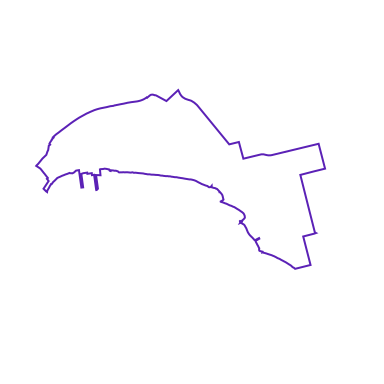 Port Phillip, Victoria, Australia, rotated 337°
{"feature_id": "25037944B19605677345756", "entity_name": "Port Phillip", "entity_type": "district", "adm_level": 2, "iso_a3": "AUS", "parent_name": "Australia", "parent_adm1": "Victoria", "projection": "natural_earth1", "projection_center": [144.966, -37.859], "detail": "fine", "context": "isolated", "style": "outline", "palette": "violet", "viewbox_px": 384, "rotation_deg": 337, "n_neighbors": 0, "source": "geoboundaries", "source_scale": "gbopen_adm2", "svg_char_len": 5877}
<svg xmlns="http://www.w3.org/2000/svg" viewBox="0 0 384 384"><g transform="rotate(337 192 192)"><path d="M290.1,278.2L289.3,277.2L292.8,254.5L298.4,218.6L312.5,220.7L323.6,222.5L326.8,201.0L327.4,197.1L302.1,192.9L279.8,189.2L279.0,189.0L278.3,188.8L277.6,188.5L277.0,188.3L276.5,188.0L275.8,187.6L275.2,187.2L273.4,185.9L273.0,185.6L272.6,185.3L272.1,185.1L271.7,184.9L271.0,184.6L270.4,184.4L269.8,184.3L252.3,181.4L254.0,169.1L254.7,164.3L244.9,162.7L230.8,114.6L230.6,114.1L230.5,113.7L229.2,111.1L229.1,110.8L227.1,107.9L226.8,107.6L226.6,107.4L225.1,106.1L224.9,106.0L222.8,104.1L222.4,103.7L222.0,103.3L221.7,102.8L221.4,102.4L220.8,101.6L220.5,101.0L220.2,100.5L220.0,100.0L219.9,99.5L219.7,99.0L219.6,98.5L219.5,97.9L219.4,97.4L219.3,96.9L219.3,95.8L219.2,93.7L219.1,92.8L204.0,98.3L196.7,89.1L195.6,88.3L195.4,88.3L194.2,87.2L193.4,86.8L193.0,86.7L192.6,86.6L192.4,86.5L191.7,86.5L190.8,86.7L190.1,86.9L188.8,87.3L187.8,87.6L187.5,87.7L187.3,87.2L186.6,87.4L185.3,87.6L183.6,87.8L183.0,87.8L181.8,87.8L180.1,87.7L178.1,87.4L177.1,87.2L176.3,87.0L174.5,86.5L171.3,85.6L167.2,84.6L166.3,84.5L165.4,84.3L163.7,84.0L160.6,83.3L157.6,82.7L156.3,82.4L155.6,82.3L154.4,82.0L154.0,82.0L153.6,82.0L153.4,82.0L152.7,81.8L151.6,81.5L150.7,81.2L149.6,81.0L146.5,80.5L140.8,79.3L139.0,79.0L136.6,78.7L134.1,78.5L133.6,78.5L129.5,78.5L127.0,78.6L125.7,78.6L123.8,78.8L119.8,79.2L117.1,79.5L114.2,80.0L111.0,80.6L109.1,81.0L107.2,81.4L105.3,81.9L102.9,82.5L96.0,84.2L92.3,85.2L89.6,85.8L87.8,86.4L86.9,86.7L85.8,87.2L85.4,87.3L85.7,87.9L85.4,88.0L84.2,88.6L83.7,88.7L83.4,88.9L83.4,89.2L82.8,89.6L82.0,90.1L81.5,90.4L80.3,91.3L79.6,91.9L79.9,93.0L78.3,93.4L76.0,97.2L74.8,98.2L72.4,100.9L67.4,102.8L61.4,106.0L59.3,106.8L58.8,107.1L61.1,110.5L61.3,110.8L61.5,111.2L61.6,111.5L61.8,112.0L62.0,112.7L63.1,116.8L63.3,117.3L64.1,120.4L64.8,122.8L64.7,122.9L63.6,123.2L64.3,125.7L64.3,125.9L56.6,131.0L57.3,132.8L58.1,134.1L57.9,134.3L58.6,135.4L59.0,134.7L59.2,134.3L59.8,133.9L60.0,133.7L62.2,132.1L63.2,131.2L64.3,130.4L65.6,129.8L65.6,129.7L66.1,129.8L68.0,128.6L70.0,127.9L73.0,126.7L73.3,126.5L74.7,126.4L76.9,126.4L78.6,126.3L80.5,126.4L82.4,126.4L84.4,126.6L86.7,126.6L87.0,127.0L88.1,127.5L89.3,128.1L91.1,127.9L93.6,127.0L96.5,127.7L91.9,144.7L93.6,145.2L97.2,132.1L99.3,132.2L103.1,133.2L102.8,134.4L107.1,135.5L106.5,137.4L108.6,137.9L107.8,140.9L104.6,152.7L104.6,152.8L105.1,152.9L106.7,152.2L110.3,138.9L114.3,140.8L116.1,135.2L116.3,135.2L116.9,135.3L117.4,135.5L118.1,135.7L118.6,135.9L119.6,136.2L120.5,136.3L121.2,136.7L121.8,137.0L124.6,138.9L124.7,139.1L124.7,139.8L124.5,140.0L124.6,140.3L125.3,140.9L125.7,140.5L125.8,140.6L126.0,140.4L127.1,141.0L127.6,141.2L128.9,142.1L129.8,142.5L130.2,142.6L131.8,144.0L132.1,144.6L132.3,145.2L132.5,145.4L132.9,145.6L133.9,146.0L134.5,146.2L135.7,146.7L136.2,146.8L137.5,147.5L138.0,147.7L138.8,148.0L140.1,148.5L140.8,148.9L142.8,150.0L143.4,150.3L143.9,150.4L144.6,150.5L145.2,150.8L145.4,151.1L145.7,151.4L146.2,151.7L147.2,152.0L148.5,152.7L150.2,153.7L152.3,154.8L154.4,155.9L155.3,156.6L155.9,157.0L156.9,157.6L158.1,158.4L158.8,158.7L160.1,159.3L161.3,160.1L162.7,160.7L164.6,161.7L165.5,162.2L166.6,162.7L168.3,163.6L168.9,164.1L169.9,164.8L170.9,165.2L171.9,165.9L174.0,167.1L175.9,167.9L176.5,168.4L177.7,168.9L178.5,169.4L179.1,169.9L180.2,170.5L181.9,171.6L182.6,171.9L183.3,172.2L184.2,172.8L185.3,173.6L186.2,174.1L187.1,174.7L188.8,175.7L190.4,176.8L193.9,179.0L194.9,179.6L195.7,179.9L197.0,180.8L198.3,181.8L199.0,182.4L200.0,183.4L201.0,184.7L201.7,185.6L203.0,187.1L204.2,188.6L205.3,189.6L206.7,191.0L207.7,191.9L208.3,192.3L208.8,192.9L209.0,193.4L209.1,193.7L209.5,194.2L210.1,194.5L210.8,194.6L211.6,194.6L212.1,194.2L212.5,194.0L212.3,194.5L212.0,194.8L211.7,194.9L211.6,195.1L212.2,195.5L213.1,196.3L213.6,196.7L214.7,197.4L215.2,197.9L215.4,198.1L215.4,198.3L216.0,198.8L216.3,199.1L217.5,202.4L217.3,202.5L217.2,202.6L217.2,202.8L217.3,202.8L217.6,202.8L218.1,204.2L218.4,205.1L218.5,205.5L218.6,206.2L218.7,206.7L218.6,207.5L218.6,207.9L218.5,208.3L218.3,209.3L218.0,211.3L217.5,211.5L216.8,211.7L215.8,211.8L214.7,211.9L214.6,212.1L214.8,212.4L216.4,213.7L216.6,213.9L217.2,214.5L218.4,215.7L219.0,216.1L221.4,218.9L222.9,220.2L223.9,221.4L225.1,222.5L226.0,223.8L227.1,225.4L228.1,226.7L229.7,229.3L230.3,230.2L230.6,230.8L230.7,231.1L231.0,231.6L231.1,232.1L231.2,232.8L231.2,234.5L230.7,236.1L230.6,236.3L230.2,236.6L229.8,236.8L229.0,237.2L227.8,237.6L227.1,237.8L226.8,237.9L226.7,238.1L226.9,238.3L226.4,238.8L225.9,238.2L225.4,237.9L225.1,237.5L224.9,237.4L224.7,237.5L224.6,238.1L224.7,238.5L224.6,238.9L224.1,239.3L224.7,239.3L225.4,240.0L226.0,240.9L226.9,242.0L227.1,242.4L227.3,242.8L227.4,243.5L227.5,244.1L227.6,245.4L227.7,246.0L227.8,246.6L227.7,248.3L227.7,249.5L227.7,251.1L227.8,251.6L228.1,253.4L228.3,253.9L228.4,254.5L228.7,255.1L228.9,255.6L229.1,256.1L229.3,256.7L229.6,257.2L229.8,257.7L229.9,258.2L230.1,258.6L230.3,259.1L230.4,259.6L230.6,260.1L230.7,260.5L230.9,260.8L231.2,261.0L235.7,260.6L235.7,261.3L231.7,261.8L231.3,262.2L231.3,262.7L231.3,263.2L231.4,264.2L231.5,265.4L231.5,266.0L231.6,266.6L231.7,267.2L231.8,269.7L231.9,270.1L231.5,270.7L231.1,271.8L231.1,272.4L231.6,273.0L233.6,274.5L233.1,275.2L233.7,275.3L234.3,276.0L235.3,276.7L235.6,277.0L236.0,277.3L236.5,277.7L237.8,278.9L238.3,279.3L239.2,280.1L239.7,280.5L240.6,281.3L241.4,282.1L241.8,282.6L242.3,283.0L243.5,284.4L243.9,284.9L244.3,285.4L244.6,285.9L245.0,286.3L245.4,286.8L245.9,287.2L246.7,288.1L247.4,289.1L248.2,290.1L248.6,290.5L249.3,291.5L249.7,291.9L250.5,292.9L250.9,293.4L251.1,293.7L251.8,294.7L252.1,295.2L252.5,295.7L253.2,296.8L253.6,297.2L253.9,297.8L254.3,298.3L254.6,298.8L254.8,299.5L255.1,300.1L255.4,300.7L255.8,301.1L256.2,301.6L256.5,302.2L256.8,302.8L256.9,303.0L272.6,305.5L277.0,276.4L288.2,278.1L290.1,278.2Z" fill="none" stroke="#5b21b6" stroke-width="2"/></g></svg>